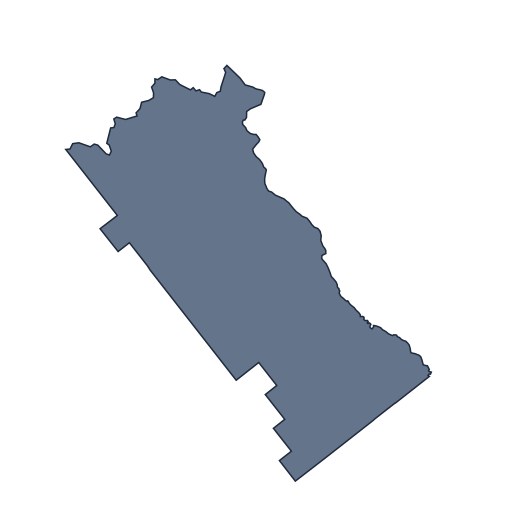 Stevens, Washington, United States of America, rotated 142°
{"feature_id": "52423323B13893996833484", "entity_name": "Stevens", "entity_type": "district", "adm_level": 2, "iso_a3": "USA", "parent_name": "United States of America", "parent_adm1": "Washington", "projection": "mercator", "projection_center": [-118.088, 48.397], "detail": "fine", "context": "isolated", "style": "filled", "palette": "slate", "viewbox_px": 512, "rotation_deg": 142, "n_neighbors": 0, "source": "geoboundaries", "source_scale": "gbopen_adm2", "svg_char_len": 2911}
<svg xmlns="http://www.w3.org/2000/svg" viewBox="0 0 512 512"><g transform="rotate(142 256 256)"><path d="M161.6,424.1L165.9,423.4L166.9,419.3L179.6,410.7L182.7,407.8L186.3,408.9L190.2,407.2L192.9,412.8L198.1,418.8L198.1,421.8L201.7,423.1L201.8,427.3L205.4,427.3L210.5,438.1L211.1,444.5L215.2,447.5L219.9,455.2L224.8,455.5L226.6,457.8L229.3,454.4L234.3,453.4L236.3,447.6L239.4,443.9L244.8,444.6L251.5,447.6L256.6,443.6L262.4,442.6L263.5,439.6L274.7,443.9L276.9,446.7L280.3,451.2L283.7,451.5L285.5,446.8L288.9,444.7L291.7,446.4L304.2,436.7L303.4,433.7L305.5,427.7L309.3,425.8L311.2,428.7L312.4,440.8L314.6,443.8L319.3,444.0L325.9,454.3L331.3,457.4L336.7,454.8L340.3,457.1L340.3,373.3L362.1,373.5L361.9,344.4L347.6,344.4L347.6,314.9L348.1,310.0L348.1,170.3L319.4,170.4L319.4,141.2L334.0,141.1L333.9,109.6L348.4,109.5L348.3,80.4L363.5,80.4L363.6,54.4L324.3,54.2L264.7,54.3L262.9,54.5L237.0,54.5L236.8,54.3L193.5,54.4L194.0,55.9L192.3,56.4L191.2,55.5L189.3,56.6L190.4,57.8L190.7,59.3L189.3,59.9L188.5,64.0L189.7,65.2L191.2,67.3L190.5,69.0L189.1,72.3L188.2,75.3L188.7,77.6L191.0,81.4L192.6,83.2L193.4,84.3L192.9,85.7L191.5,88.0L190.1,91.6L190.1,93.8L190.4,96.7L191.7,98.3L192.8,100.8L193.1,103.3L194.3,105.5L193.9,107.1L195.9,109.1L197.5,109.3L199.5,113.1L200.2,116.5L201.7,120.1L201.9,122.7L203.4,125.5L205.0,127.7L206.2,128.9L207.1,127.7L209.4,127.1L209.7,127.8L210.2,129.4L209.5,130.4L207.5,131.5L207.6,132.6L207.9,133.5L208.8,133.8L209.0,133.7L209.5,134.2L209.5,134.6L208.8,135.2L208.1,135.2L207.8,136.5L208.7,137.1L209.6,137.9L210.0,138.6L210.1,139.8L209.1,140.4L208.6,141.5L209.1,142.7L210.0,143.2L211.1,144.0L210.0,145.5L209.9,148.2L210.5,151.7L210.4,154.6L211.6,159.7L211.6,162.2L211.2,163.2L211.4,164.2L212.2,164.2L213.0,166.6L213.2,168.6L214.0,171.7L213.4,175.5L211.5,176.9L211.2,178.8L210.7,179.3L210.9,179.9L211.0,180.5L210.8,181.8L209.7,183.3L208.9,186.2L209.0,190.3L209.3,193.5L208.0,197.0L206.5,202.0L205.5,206.8L205.8,210.8L205.8,213.5L203.7,215.8L201.6,215.4L199.5,214.9L197.6,217.4L197.2,219.5L197.1,222.9L196.3,225.3L195.5,228.1L194.1,229.8L192.2,231.7L190.3,236.0L190.3,239.5L192.3,242.8L192.7,246.5L192.4,249.8L192.5,254.3L193.8,256.6L195.2,258.9L195.8,262.1L197.0,266.1L197.3,270.0L197.4,274.2L197.4,278.0L198.1,280.3L198.7,283.6L200.3,286.6L201.4,288.6L203.3,292.1L204.3,296.7L206.1,299.5L205.8,302.9L205.2,304.5L205.0,305.5L204.4,307.7L201.7,311.5L198.6,314.3L195.9,316.6L194.8,317.6L194.7,319.3L195.2,321.0L194.0,325.1L193.8,329.7L194.7,334.3L194.4,338.7L192.8,342.3L187.3,343.6L183.5,344.2L181.4,345.3L181.0,348.7L181.1,351.8L182.7,352.9L185.0,355.9L186.0,360.3L185.1,363.6L185.5,367.8L184.2,370.0L182.2,370.9L181.1,370.0L178.2,371.0L174.4,375.6L169.6,375.4L158.7,372.5L154.1,375.5L152.2,376.7L149.7,378.3L148.4,379.6L149.0,382.4L150.4,384.4L152.4,386.8L153.3,388.0L154.4,390.9L159.2,397.5L159.0,405.9L161.0,420.1L161.6,424.1Z" fill="#64748b" stroke="#1e293b" stroke-width="1.5"/></g></svg>